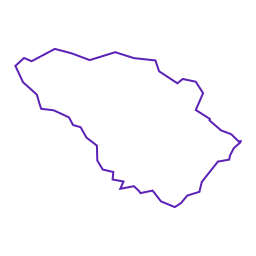 the district of Howard, Maryland, United States of America
{"feature_id": "52423323B13837989487105", "entity_name": "Howard", "entity_type": "district", "adm_level": 2, "iso_a3": "USA", "parent_name": "United States of America", "parent_adm1": "Maryland", "projection": "orthographic", "projection_center": [-76.918, 39.236], "detail": "fine", "context": "isolated", "style": "outline", "palette": "violet", "viewbox_px": 256, "rotation_deg": 0, "n_neighbors": 0, "source": "geoboundaries", "source_scale": "gbopen_adm2", "svg_char_len": 751}
<svg xmlns="http://www.w3.org/2000/svg" viewBox="0 0 256 256"><path d="M155.4,60.4L133.8,58.1L115.2,52.2L89.7,60.1L71.5,53.3L54.8,48.9L31.6,61.2L24.1,58.0L23.8,58.2L15.4,65.9L23.0,82.2L36.9,94.7L39.5,103.8L41.2,108.8L53.7,110.3L69.0,117.4L73.0,125.0L80.6,127.2L86.4,137.5L96.9,145.6L97.3,160.5L102.7,169.5L113.3,172.0L112.6,179.5L123.5,181.5L120.3,188.8L133.9,186.2L139.1,191.1L140.4,193.1L152.6,190.6L161.0,201.4L174.8,207.1L181.1,203.0L187.2,195.6L199.4,191.8L201.8,181.9L217.9,161.6L229.2,159.6L230.0,155.6L233.7,148.3L240.4,142.3L240.6,141.1L238.8,141.6L231.3,134.3L228.8,133.3L221.1,130.4L209.5,120.4L209.9,119.0L195.8,110.0L203.1,93.1L195.7,81.7L182.7,79.0L177.4,83.3L159.1,71.3L155.4,60.4Z" fill="none" stroke="#5b21b6" stroke-width="2"/></svg>